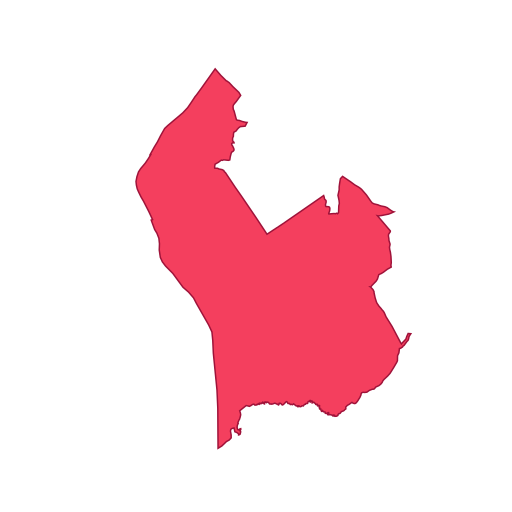 Soplaviento, Bolívar, Colombia (orthographic projection), rotated 326°
{"feature_id": "7082276B6546865194855", "entity_name": "Soplaviento", "entity_type": "district", "adm_level": 2, "iso_a3": "COL", "parent_name": "Colombia", "parent_adm1": "Bolívar", "projection": "orthographic", "projection_center": [-75.12, 10.341], "detail": "fine", "context": "isolated", "style": "filled", "palette": "rose", "viewbox_px": 512, "rotation_deg": 326, "n_neighbors": 0, "source": "geoboundaries", "source_scale": "gbopen_adm2", "svg_char_len": 6122}
<svg xmlns="http://www.w3.org/2000/svg" viewBox="0 0 512 512"><g transform="rotate(326 256 256)"><path d="M232.8,108.7L224.8,112.8L225.3,113.2L221.1,115.1L216.1,117.1L209.4,119.0L205.6,120.6L201.6,123.7L198.2,127.1L196.5,130.3L195.1,133.9L194.5,137.1L193.7,142.8L193.4,147.6L192.0,159.2L190.6,168.0L189.2,167.6L186.8,177.4L186.6,181.7L185.4,187.0L182.8,191.9L179.1,197.0L175.9,203.7L175.1,208.5L175.4,213.7L177.3,223.9L178.0,241.1L179.9,248.2L180.8,255.8L180.1,261.8L178.2,286.8L177.0,294.3L172.9,301.9L166.3,312.7L148.7,345.3L139.1,361.0L117.0,394.2L121.5,394.4L127.8,393.3L130.8,393.6L133.7,392.9L135.3,390.5L136.9,386.9L138.2,385.6L139.8,385.6L141.6,386.3L140.2,389.9L141.4,391.6L142.1,393.6L141.5,394.6L142.0,394.8L142.2,394.7L143.0,394.9L143.6,394.5L145.0,393.2L145.1,392.7L144.9,392.3L145.1,392.0L146.5,391.2L146.8,390.6L146.0,390.3L144.6,390.7L144.3,390.1L143.9,389.9L143.8,389.4L144.5,387.5L145.6,386.2L146.3,385.6L147.6,384.9L147.6,384.2L150.3,382.4L150.8,382.3L152.9,380.6L154.5,379.1L155.3,377.4L155.9,375.2L164.2,374.5L165.4,375.7L166.5,377.0L167.0,377.1L167.6,377.0L168.1,377.2L168.9,377.1L169.9,377.2L170.5,377.2L171.3,377.6L171.6,378.0L171.5,378.5L171.7,379.0L172.9,379.7L173.2,379.5L173.9,379.6L174.2,379.6L174.3,380.1L175.3,380.0L175.5,380.1L175.7,380.8L175.9,380.8L176.3,380.8L176.1,380.0L176.1,379.9L176.3,379.9L176.9,380.1L177.7,381.3L178.3,381.1L178.8,381.4L179.1,381.4L179.3,381.0L179.8,380.9L179.9,381.1L179.7,381.8L180.4,381.8L180.5,382.0L180.0,382.7L180.1,383.3L180.3,383.4L180.6,382.8L181.2,382.6L181.8,382.0L182.0,382.0L182.3,382.5L182.5,383.4L182.9,383.5L183.2,383.1L183.4,383.2L184.1,383.8L184.5,384.6L184.5,386.1L184.7,386.5L185.1,386.8L185.8,387.0L186.1,387.6L187.4,388.1L188.9,388.4L189.3,388.6L190.0,389.5L190.5,390.5L190.9,390.8L191.2,391.2L191.2,392.0L191.6,392.1L192.1,391.9L192.8,391.1L193.6,391.4L194.2,392.6L194.3,393.8L194.5,394.2L194.9,394.4L195.9,394.4L199.5,393.7L199.9,393.8L200.2,394.4L200.0,396.0L200.1,396.3L200.9,396.7L201.3,397.1L201.3,398.2L201.4,398.4L202.4,398.7L202.9,399.6L203.3,399.7L204.4,399.5L204.6,399.8L204.7,400.5L205.0,401.2L205.4,402.6L205.6,402.9L206.2,403.1L206.4,404.4L206.7,404.5L206.7,403.8L207.0,403.7L207.5,403.9L207.8,404.2L208.2,405.5L208.4,405.7L209.2,406.0L210.3,405.9L210.7,406.1L211.2,406.7L211.4,406.8L212.9,406.2L213.2,406.2L214.1,406.6L214.6,406.3L215.2,406.3L216.1,407.0L216.3,407.0L216.8,406.8L217.2,406.2L217.8,405.9L218.6,406.1L219.8,405.9L220.1,406.0L220.4,406.3L220.4,406.6L219.8,407.0L219.2,407.1L219.3,407.4L219.6,407.6L221.1,407.3L221.3,407.4L221.4,408.0L220.6,408.9L220.4,409.2L221.1,409.5L222.0,409.4L222.2,409.6L222.4,410.1L222.4,410.8L222.7,411.6L222.5,412.4L223.0,412.8L223.7,413.0L223.9,413.2L223.9,413.5L223.2,414.3L223.3,414.8L223.9,415.1L224.7,415.1L225.0,415.6L224.6,416.2L224.0,416.4L223.8,416.6L224.0,417.3L223.2,418.1L223.2,418.4L223.4,418.7L224.1,419.0L223.5,420.7L223.5,421.5L223.8,421.7L224.2,421.3L224.6,421.2L225.0,423.2L225.9,423.8L226.0,424.1L225.5,425.0L225.9,425.6L226.6,426.0L228.1,426.1L228.5,426.3L228.6,426.9L228.4,427.1L226.8,427.3L226.7,427.5L226.9,427.9L229.2,429.3L229.4,429.8L230.0,430.2L230.2,430.6L230.2,431.4L230.4,431.8L230.7,431.9L231.0,431.8L231.4,431.3L231.6,431.3L232.0,432.0L231.6,432.5L231.7,433.0L233.3,433.9L234.7,434.0L235.5,433.2L236.5,433.0L237.1,433.4L238.1,433.4L239.2,432.9L240.4,432.9L241.8,433.3L242.8,433.3L243.8,433.0L245.0,433.0L245.9,431.4L248.2,430.9L250.3,431.1L253.7,431.0L254.1,432.2L255.1,433.4L256.0,433.8L257.2,433.7L259.3,433.0L263.1,431.3L265.3,429.9L266.2,428.9L267.3,428.5L268.6,428.9L269.8,429.9L271.8,430.9L274.8,430.8L277.9,431.5L279.3,432.3L280.2,432.2L282.0,431.6L285.4,432.2L287.8,432.0L289.8,431.4L291.4,430.4L293.2,429.9L298.1,429.1L301.6,428.2L308.1,425.3L313.3,422.8L314.7,421.9L317.6,417.8L320.3,416.2L323.2,412.9L324.4,413.4L325.5,413.3L326.5,413.4L327.5,412.9L328.8,412.9L333.5,411.2L334.8,411.0L336.1,410.1L337.9,408.3L340.9,407.0L338.8,405.3L336.0,407.0L333.8,408.7L327.9,410.0L327.4,410.2L327.4,408.8L329.4,390.5L329.8,379.1L330.6,374.9L330.7,373.1L330.4,371.1L330.3,369.2L329.9,366.4L329.9,362.6L330.2,361.2L331.4,357.2L333.4,352.3L333.9,351.5L334.2,349.4L333.8,346.6L333.5,345.5L333.9,345.8L335.8,345.2L341.6,344.0L343.8,343.0L347.4,340.1L350.2,340.6L352.7,340.7L357.4,340.4L361.9,340.8L362.7,339.1L364.4,337.2L367.6,331.9L369.5,328.1L370.5,325.4L371.6,323.3L372.9,322.1L373.8,321.1L374.9,317.5L375.9,315.8L377.0,313.4L378.1,312.1L380.9,311.0L381.4,310.3L379.2,290.5L379.8,291.1L382.6,292.6L389.3,295.4L391.8,296.0L395.0,296.5L394.3,295.7L393.2,293.3L391.8,289.3L390.4,287.2L387.7,284.5L386.5,283.0L385.7,281.7L383.1,278.9L382.0,277.0L381.8,274.8L381.7,267.3L380.8,259.9L380.4,258.4L379.6,256.3L377.6,252.2L376.0,247.6L372.3,238.4L369.2,239.1L365.8,242.7L363.6,245.2L361.9,247.7L357.9,251.5L355.9,256.4L354.5,259.0L352.6,260.8L351.0,263.0L348.7,266.2L347.3,266.6L347.0,265.8L346.5,265.5L345.7,265.5L344.4,264.4L339.9,261.9L340.0,261.4L342.0,260.0L342.8,259.2L343.7,258.1L344.1,257.2L344.2,256.6L344.0,256.1L343.3,255.3L341.7,254.2L341.6,253.6L342.4,252.2L344.3,250.5L345.0,249.3L345.0,248.6L344.7,247.6L344.7,247.2L345.1,246.0L345.4,245.5L345.9,243.7L296.3,244.3L277.3,244.1L277.5,223.7L277.4,198.6L277.2,187.5L277.3,169.7L276.9,168.4L277.1,167.1L276.2,165.4L273.9,163.1L273.3,161.9L270.9,160.1L271.0,159.8L271.7,158.8L273.4,157.0L277.2,157.3L280.8,157.1L281.6,157.9L283.0,158.2L286.7,161.3L288.0,161.7L290.0,159.5L292.9,156.9L294.0,156.3L295.4,156.4L296.3,156.2L297.1,155.8L297.7,154.4L298.1,151.8L298.1,150.3L298.7,149.2L299.7,149.1L301.1,149.9L301.3,149.2L301.0,148.3L301.3,146.9L302.7,145.0L304.1,144.2L305.6,142.2L306.8,141.0L309.5,141.2L311.3,140.5L313.4,140.0L315.2,140.0L315.8,140.1L316.1,140.4L319.6,142.3L323.3,140.3L322.1,139.3L319.8,136.8L317.9,134.2L317.0,133.5L316.5,133.0L316.0,132.0L318.9,123.6L319.2,121.7L320.4,119.4L321.5,118.3L323.1,117.7L326.0,116.9L333.1,114.3L333.3,110.8L331.5,102.5L330.7,97.3L329.7,94.6L329.3,94.2L327.8,86.5L326.8,78.0L305.0,86.2L296.7,89.2L294.6,89.8L288.4,92.4L282.3,94.8L275.3,96.4L255.8,98.5L251.6,99.2L244.2,102.9L238.1,106.3L232.8,108.7Z" fill="#f43f5e" stroke="#9f1239" stroke-width="1.5"/></g></svg>